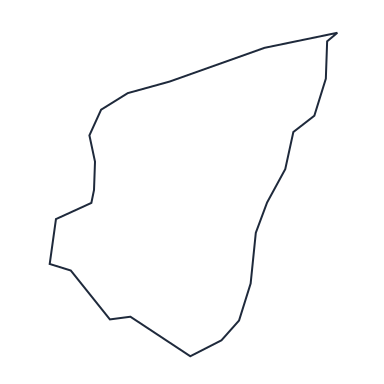 the district of Seo-gu [West District], South Jeolla, South Korea, rotated 182°
{"feature_id": "91817680B87996420220515", "entity_name": "Seo-gu [West District]", "entity_type": "district", "adm_level": 2, "iso_a3": "KOR", "parent_name": "South Korea", "parent_adm1": "South Jeolla", "projection": "orthographic", "projection_center": [126.854, 35.133], "detail": "fine", "context": "isolated", "style": "outline", "palette": "slate", "viewbox_px": 384, "rotation_deg": 182, "n_neighbors": 0, "source": "geoboundaries", "source_scale": "gbopen_adm2", "svg_char_len": 466}
<svg xmlns="http://www.w3.org/2000/svg" viewBox="0 0 384 384"><g transform="rotate(182 192 192)"><path d="M52.3,356.2L124.6,338.6L218.2,301.6L259.6,288.6L285.7,271.1L296.5,245.0L290.0,218.9L290.0,190.6L292.2,177.6L327.0,160.2L331.7,115.1L310.4,109.3L269.6,61.8L249.2,65.2L188.0,27.8L157.4,44.8L140.5,65.2L130.2,102.6L126.8,153.5L116.6,184.1L99.6,218.1L92.8,255.5L72.4,272.5L62.2,309.9L62.2,347.3L52.3,356.2Z" fill="none" stroke="#1e293b" stroke-width="2"/></g></svg>